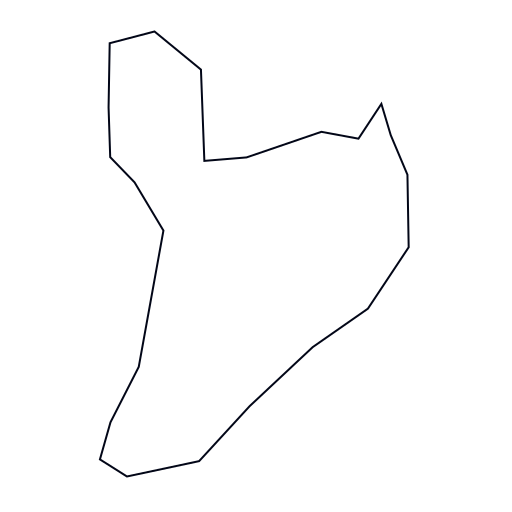 map outline of Three Kings Islands (Robinson projection), rotated 271°
{"feature_id": "NZL-5476", "entity_name": "Three Kings Islands", "entity_type": "state/province", "adm_level": 1, "iso_a3": "NZL", "parent_name": "New Zealand", "parent_adm1": "", "projection": "robinson", "projection_center": [172.139, -34.157], "detail": "fine", "context": "isolated", "style": "outline", "palette": "ink", "viewbox_px": 512, "rotation_deg": 271, "n_neighbors": 0, "source": "natural_earth", "source_scale": "10m", "svg_char_len": 450}
<svg xmlns="http://www.w3.org/2000/svg" viewBox="0 0 512 512"><g transform="rotate(271 256 256)"><path d="M352.3,108.5L402.0,106.0L466.2,106.0L478.7,150.6L441.4,197.7L350.2,202.7L354.4,244.8L381.3,319.2L375.1,356.4L410.3,378.7L379.2,388.6L339.9,406.0L267.4,408.5L205.3,368.8L165.9,314.3L105.8,252.3L49.9,202.7L33.3,130.8L49.9,103.5L87.2,113.4L143.1,140.7L279.8,163.0L327.5,133.3L352.3,108.5Z" fill="none" stroke="#020617" stroke-width="2"/></g></svg>